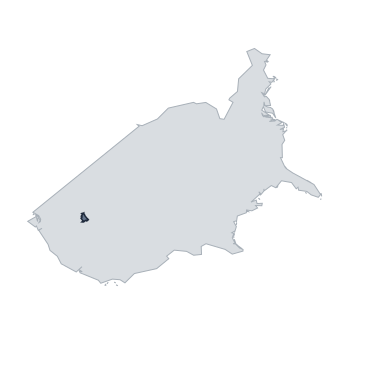 Elmore, Idaho, United States of America (highlighted), rotated 321°
{"feature_id": "52423323B11139746059105", "entity_name": "Elmore", "entity_type": "district", "adm_level": 2, "iso_a3": "USA", "parent_name": "United States of America", "parent_adm1": "Idaho", "projection": "equal_earth", "projection_center": [-115.613, 43.433], "detail": "fine", "context": "in_parent", "style": "filled", "palette": "slate", "viewbox_px": 384, "rotation_deg": 321, "n_neighbors": 0, "source": "geoboundaries", "source_scale": "gbopen_adm2", "svg_char_len": 4851}
<svg xmlns="http://www.w3.org/2000/svg" viewBox="0 0 384 384"><g transform="rotate(321 192 192)"><path d="M299.5,133.4L318.6,131.6L323.0,117.3L330.9,119.8L333.4,128.6L339.1,134.5L332.2,136.6L332.2,138.3L330.5,136.2L329.5,139.8L324.3,142.2L322.4,151.3L326.5,155.2L328.6,154.7L327.6,153.0L328.5,153.8L329.1,155.7L323.0,157.0L321.4,154.9L321.3,157.7L314.1,158.4L309.3,162.0L309.5,160.0L308.7,158.6L308.2,163.6L309.9,164.5L310.2,168.7L307.5,174.2L303.0,170.8L304.7,167.3L302.4,169.7L304.2,173.5L306.2,175.7L306.9,178.2L303.7,187.2L304.2,181.5L299.6,176.2L301.1,170.6L297.7,172.3L300.4,180.6L296.4,178.1L295.3,178.3L295.9,175.7L295.7,175.0L294.9,177.0L295.1,178.7L301.1,181.9L300.1,183.4L297.2,180.5L296.2,180.0L299.8,183.5L301.2,184.2L300.8,186.3L298.9,184.7L302.0,187.9L301.4,188.3L299.9,186.7L296.5,185.9L301.1,189.0L303.7,188.9L307.5,196.7L304.3,190.7L305.6,194.6L300.5,193.7L304.7,197.6L306.3,196.5L304.6,200.0L299.7,198.7L302.8,200.6L300.6,202.3L303.7,203.7L298.6,204.5L296.6,210.2L291.9,211.7L283.8,222.2L282.4,221.0L280.0,230.7L280.0,233.1L282.3,240.6L291.5,262.9L290.3,274.9L286.8,275.6L282.8,269.2L281.6,263.8L276.0,257.7L277.4,255.0L275.0,255.1L275.3,247.3L268.6,239.6L259.8,241.4L257.7,236.9L248.8,236.5L249.8,234.8L248.4,236.5L244.4,237.3L244.1,233.9L243.6,236.3L231.5,237.0L236.8,238.7L235.3,241.9L239.5,245.0L237.6,246.6L232.9,242.5L232.9,245.7L226.7,244.3L223.1,240.3L221.2,242.3L212.1,239.2L207.3,243.6L208.6,242.4L205.7,241.3L204.7,246.8L199.5,250.3L200.7,249.2L197.2,248.7L198.5,250.5L194.5,252.9L193.3,259.0L191.4,258.0L193.1,259.7L193.7,265.4L195.5,268.8L194.4,270.0L184.2,265.6L181.6,257.4L170.3,241.0L164.9,240.1L160.1,246.5L153.5,242.2L150.4,234.7L141.6,226.0L131.9,225.9L132.0,229.2L116.3,229.3L95.9,219.1L82.7,220.4L80.9,214.9L75.3,209.6L63.7,205.5L63.7,201.6L54.2,184.4L54.6,182.6L56.5,184.9L55.3,181.1L59.5,180.8L51.7,181.3L45.2,165.5L46.9,157.2L44.9,148.0L47.2,142.1L48.8,125.4L52.6,125.8L48.4,125.0L49.7,120.5L48.2,120.6L45.9,111.4L55.4,113.0L53.4,117.8L56.6,114.4L56.2,118.4L53.9,119.4L55.5,119.6L57.3,117.9L58.0,113.8L55.6,107.6L192.2,107.6L191.9,105.2L195.0,109.1L211.1,113.5L226.4,111.9L249.6,123.3L251.0,126.3L259.1,131.1L263.3,142.9L259.8,152.5L262.7,155.7L280.3,148.1L278.7,143.6L280.3,142.8L290.6,142.5L299.5,133.4ZM316.7,160.4L319.8,159.9L309.3,162.8L317.7,159.3L316.7,160.4ZM56.2,111.4L57.4,114.0L57.3,114.4L55.6,112.4L56.2,111.4ZM195.3,267.8L193.7,262.8L193.6,260.0L194.0,263.0L195.3,267.8ZM333.1,137.0L333.3,138.4L332.8,138.1L333.1,137.0ZM223.3,241.7L223.6,242.9L222.6,241.9L223.3,241.7ZM68.2,210.0L69.5,209.4L69.6,209.5L68.2,210.0ZM66.8,209.5L66.2,210.3L65.8,209.6L66.8,209.5ZM325.9,157.2L325.3,158.1L325.0,157.9L325.9,157.2ZM194.3,257.4L193.6,259.7L195.2,255.3L194.3,257.4ZM288.8,255.5L290.5,259.9L288.5,255.1L288.8,255.5ZM75.0,213.5L75.6,214.7L74.9,213.6L75.0,213.5ZM291.0,275.5L290.0,277.0L291.5,274.0L291.0,275.5ZM308.3,199.3L307.4,200.9L307.7,197.0L308.3,199.3ZM55.0,109.4L55.0,110.1L54.4,109.7L55.0,109.4ZM198.6,251.4L196.8,252.4L198.6,251.1L198.6,251.4ZM329.0,157.6L329.2,158.6L328.2,158.4L329.0,157.6ZM74.9,216.8L75.4,218.2L74.7,216.9L74.9,216.8ZM196.3,253.3L195.6,253.9L196.2,253.0L196.3,253.3ZM306.7,179.9L305.8,182.1L306.8,179.1L306.7,179.9ZM206.8,244.6L205.6,245.5L207.3,244.0L206.8,244.6ZM280.3,231.9L280.3,233.7L280.0,232.4L280.3,231.9ZM304.2,203.9L303.8,204.3L304.9,203.0L304.2,203.9ZM263.0,241.0L261.5,242.0L260.9,241.8L263.0,241.0ZM243.8,237.0L243.6,237.3L242.7,237.3L243.8,237.0ZM280.0,264.0L280.3,265.3L279.7,263.7L280.0,264.0ZM240.1,239.5L240.0,240.7L239.7,238.6L240.1,239.5ZM287.8,278.7L287.0,278.8L288.1,278.4L287.8,278.7ZM310.0,169.4L309.6,170.5L310.1,169.0L310.0,169.4ZM306.5,201.3L306.0,201.7L305.9,201.6L306.5,201.3Z" fill="#d9dde1" stroke="#a8b0b8" stroke-width="1"/><path d="M94.3,140.4L94.2,140.4L93.9,140.4L93.7,140.3L93.8,140.2L93.7,140.2L93.4,139.7L93.3,139.4L93.0,139.4L93.1,139.5L93.1,139.8L93.0,140.0L92.9,140.1L92.8,140.3L92.7,140.5L92.4,140.6L92.0,140.6L91.8,140.7L91.6,140.8L91.5,141.0L91.4,141.0L91.5,141.3L91.4,141.4L91.2,141.4L91.1,141.5L91.0,141.9L90.9,142.0L90.6,142.3L90.5,142.2L90.5,142.3L90.3,142.4L90.1,142.4L89.9,142.7L89.7,142.8L89.6,142.7L89.5,142.8L89.4,142.7L89.3,142.8L89.2,142.8L89.2,144.3L89.2,146.0L87.7,146.0L87.8,146.1L88.0,146.1L88.0,146.3L88.2,146.5L88.3,146.5L88.5,146.7L88.6,146.8L88.8,146.8L88.9,147.0L89.0,147.1L89.3,147.1L89.2,146.9L89.3,146.8L89.4,146.7L89.5,146.7L89.5,146.8L89.8,146.9L90.0,146.9L90.2,147.0L90.3,147.1L90.5,147.1L90.8,147.1L91.0,147.0L91.3,147.2L91.5,147.1L91.8,147.2L92.0,147.3L92.0,147.5L91.9,147.7L91.9,147.8L91.9,148.2L92.0,148.3L92.5,148.3L93.1,148.3L93.6,148.3L93.9,148.3L94.0,148.3L94.0,147.3L93.8,147.3L93.8,145.4L93.8,144.2L93.8,142.7L94.0,142.6L94.0,142.4L94.0,142.2L94.2,141.9L94.0,141.7L94.1,141.2L94.3,141.0L94.3,140.9L94.2,140.6L94.4,140.4L94.3,140.4Z" fill="#64748b" stroke="#1e293b" stroke-width="1.5"/></g></svg>